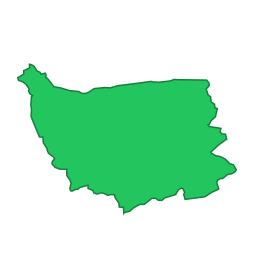 Naranjito, Puerto Rico (Equal Earth projection), rotated 77°
{"feature_id": "32010507B80614899484924", "entity_name": "Naranjito", "entity_type": "district", "adm_level": 2, "iso_a3": "PRI", "parent_name": "Puerto Rico", "parent_adm1": "", "projection": "equal_earth", "projection_center": [-66.251, 18.288], "detail": "fine", "context": "isolated", "style": "filled", "palette": "green", "viewbox_px": 256, "rotation_deg": 77, "n_neighbors": 0, "source": "geoboundaries", "source_scale": "gbopen_adm2", "svg_char_len": 1805}
<svg xmlns="http://www.w3.org/2000/svg" viewBox="0 0 256 256"><g transform="rotate(77 128 128)"><path d="M99.0,40.6L92.4,67.5L91.1,72.3L91.3,73.7L91.6,76.5L90.5,86.7L89.1,92.3L87.8,95.0L86.9,105.0L84.5,128.6L84.9,136.6L83.4,141.3L82.0,152.0L84.4,158.5L84.8,161.5L83.9,165.1L81.4,167.8L78.4,176.6L73.9,184.4L71.2,190.8L61.6,195.3L60.2,196.9L57.9,195.8L55.9,196.4L56.1,200.6L53.9,201.2L52.0,203.8L46.6,205.7L44.6,207.9L43.7,209.7L47.4,210.4L48.7,216.7L52.1,217.5L54.2,224.1L57.0,223.9L59.1,220.5L62.6,217.4L68.2,215.4L69.3,216.5L72.6,216.0L75.0,213.7L75.7,215.0L83.8,217.5L88.2,217.8L94.7,219.8L98.1,219.4L116.9,216.3L117.7,212.9L123.3,213.9L130.1,211.4L131.3,211.8L134.9,211.1L139.2,207.3L141.6,206.4L143.5,209.2L145.8,210.1L150.0,207.9L152.8,203.6L154.4,196.9L160.3,198.3L161.0,198.2L165.9,196.2L169.0,195.9L174.0,198.3L176.2,198.1L176.9,196.8L176.0,192.6L176.5,190.7L175.1,188.6L174.8,179.9L178.0,180.5L180.8,176.4L183.6,175.9L185.4,173.0L185.1,168.9L186.5,165.9L189.0,162.9L189.1,159.0L190.0,156.2L193.1,156.2L199.0,153.8L203.1,154.3L204.3,150.3L210.1,151.2L209.6,150.7L209.5,145.0L206.9,140.2L205.1,133.6L206.1,129.4L204.7,126.5L201.9,120.6L202.6,116.9L205.2,114.7L206.2,111.4L204.3,107.8L203.6,96.5L202.2,95.4L199.5,92.7L198.6,89.7L199.3,88.2L203.5,87.3L205.4,88.7L210.4,88.4L212.2,69.5L212.3,68.6L209.6,61.1L208.0,53.7L207.5,53.2L201.4,53.9L199.0,52.4L198.1,49.3L198.4,47.0L195.7,41.3L195.9,37.2L194.7,33.4L193.0,31.9L187.5,33.6L185.7,36.8L180.2,40.2L176.5,44.7L174.7,48.8L171.2,52.5L170.1,52.7L165.0,43.7L161.3,35.2L161.2,34.4L156.0,34.4L154.9,37.9L152.2,39.1L149.3,37.5L144.7,48.8L142.9,49.3L142.9,48.2L139.6,45.4L136.6,40.2L129.2,36.6L127.7,38.7L124.3,38.3L121.5,41.1L116.1,40.5L113.8,42.5L107.6,43.0L104.9,39.3L102.2,39.0L99.0,40.6Z" fill="#22c55e" stroke="#15803d" stroke-width="1.5"/></g></svg>